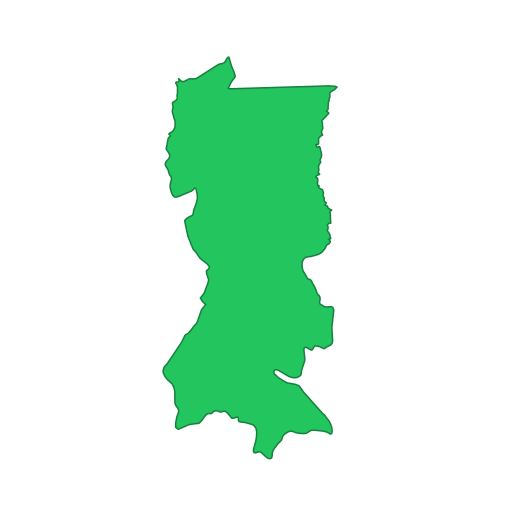 an SVG outline of Orellana, rotated 254°
{"feature_id": "ECU-1286", "entity_name": "Orellana", "entity_type": "Province", "adm_level": 1, "iso_a3": "ECU", "parent_name": "Ecuador", "parent_adm1": "", "projection": "orthographic", "projection_center": [-76.398, -0.797], "detail": "fine", "context": "isolated", "style": "filled", "palette": "green", "viewbox_px": 512, "rotation_deg": 254, "n_neighbors": 0, "source": "natural_earth", "source_scale": "10m", "svg_char_len": 6117}
<svg xmlns="http://www.w3.org/2000/svg" viewBox="0 0 512 512"><g transform="rotate(254 256 256)"><path d="M448.2,230.4L446.2,231.4L444.4,232.6L443.6,234.6L443.8,236.2L444.5,239.3L444.6,241.0L444.2,242.6L443.2,245.6L443.1,247.7L450.5,272.8L450.5,274.2L450.3,277.1L450.6,278.7L451.8,280.5L453.4,281.9L454.6,283.6L454.7,284.7L453.2,284.8L445.4,284.8L438.3,285.6L434.5,285.6L432.9,284.2L431.9,282.5L429.7,279.9L425.0,275.6L423.9,277.1L399.4,373.1L397.3,378.9L396.0,380.4L394.2,377.1L393.4,373.5L392.4,372.0L391.2,371.4L389.9,371.3L388.1,370.7L387.0,369.7L386.0,369.2L385.1,369.1L384.1,368.1L379.2,366.3L377.6,365.9L376.8,365.3L376.4,364.6L376.1,363.8L375.7,363.6L375.1,364.1L374.3,364.9L373.3,365.3L372.7,364.8L372.2,363.5L370.6,361.4L369.3,358.8L368.9,358.4L368.3,357.0L367.6,356.4L365.5,356.5L363.1,355.8L360.7,355.6L359.9,355.2L359.3,354.5L358.6,353.9L357.3,353.2L356.2,353.1L355.1,353.1L354.2,353.4L353.8,353.2L353.8,352.7L353.5,351.7L352.3,349.0L351.2,348.4L347.1,347.3L346.3,346.6L346.2,345.7L346.6,344.9L346.6,344.2L346.0,344.1L345.3,344.3L344.1,344.3L343.7,344.7L343.6,345.3L343.9,346.2L343.8,346.9L343.1,347.3L342.1,347.5L340.5,347.3L337.5,347.2L334.7,346.9L332.5,345.6L331.4,344.5L330.6,344.0L328.5,344.1L327.7,343.4L326.9,342.4L325.6,341.2L323.7,340.5L321.7,340.3L319.9,339.3L318.9,338.9L318.3,339.0L317.8,339.4L317.1,339.7L316.8,339.1L316.7,338.4L316.8,337.4L316.5,336.4L315.9,335.5L315.4,335.3L314.9,335.6L314.5,336.3L313.5,336.5L311.8,336.4L308.9,335.0L307.2,335.0L306.4,335.2L306.2,335.7L305.8,336.0L305.5,335.7L305.3,335.1L305.0,335.0L304.6,335.1L303.9,335.5L302.2,337.1L301.8,337.7L301.2,338.2L300.6,338.3L299.5,338.2L298.8,338.2L297.8,338.3L297.3,337.9L296.5,337.2L295.5,337.2L292.6,337.6L291.3,336.9L290.4,336.8L289.5,337.0L288.7,337.6L287.8,338.1L287.1,337.8L286.6,337.2L286.2,336.5L285.7,336.5L285.2,337.1L284.7,337.9L284.0,338.5L283.3,338.3L282.7,338.3L282.3,338.5L282.0,338.9L280.9,339.6L280.3,340.2L279.9,340.8L279.3,341.3L279.0,341.2L278.9,339.9L278.4,339.5L277.0,339.1L274.5,338.7L270.3,337.6L267.9,337.2L267.0,336.7L267.1,336.1L267.5,335.5L267.3,334.9L266.6,333.9L266.3,333.3L265.5,333.1L264.6,333.2L263.3,333.2L262.2,332.6L261.1,331.7L260.2,331.7L259.2,332.0L258.0,332.5L256.0,332.9L254.4,332.5L252.7,332.8L252.0,332.4L252.0,331.8L252.1,331.1L252.0,330.5L250.8,331.2L249.5,331.4L248.6,330.9L247.6,329.6L247.4,328.6L247.3,327.6L246.9,326.9L246.1,326.0L244.6,324.9L243.8,323.9L243.0,322.7L241.6,320.8L240.8,318.4L240.3,314.9L240.4,308.3L240.9,306.1L241.0,303.7L240.4,301.7L238.2,299.3L235.9,298.2L233.1,297.4L230.2,297.1L227.8,297.4L223.6,298.6L220.5,299.2L219.7,299.6L218.4,301.5L217.6,302.1L216.0,302.6L214.5,302.7L211.1,303.7L207.8,304.2L203.7,304.4L202.5,304.6L200.2,305.9L198.8,306.1L196.3,305.6L194.4,304.5L192.9,304.2L191.9,304.6L188.8,307.5L187.8,308.9L187.3,310.7L187.0,312.6L186.5,314.4L185.4,315.7L182.4,315.8L166.4,309.2L153.0,306.2L151.2,305.2L150.0,303.5L149.0,298.7L148.4,297.3L148.1,296.3L148.6,295.2L151.9,291.4L153.4,287.7L151.9,285.9L150.9,285.0L150.2,283.7L150.7,282.6L153.5,280.0L154.7,278.4L154.5,277.3L153.6,276.5L151.4,275.9L144.5,274.8L141.6,273.8L134.0,268.6L132.7,267.9L131.2,267.4L129.5,266.5L128.6,265.2L127.9,262.4L128.2,259.8L129.3,257.1L131.2,254.3L139.2,246.8L140.8,244.9L141.4,243.0L141.1,242.0L139.9,241.2L137.5,241.1L135.4,242.6L133.1,243.7L125.7,250.6L121.7,258.6L119.5,261.4L118.2,262.1L112.1,264.2L85.9,276.8L84.1,278.2L80.9,279.0L80.4,279.4L77.7,280.6L74.4,281.3L70.3,281.6L66.6,280.9L64.4,279.8L64.4,278.3L66.1,276.8L67.5,275.1L69.0,272.7L72.8,263.3L73.2,260.9L71.8,255.7L72.0,253.3L73.0,250.3L74.2,247.5L75.4,245.4L77.7,242.3L78.2,240.6L78.1,238.5L76.9,234.3L75.9,232.6L74.5,231.4L72.3,230.0L71.4,228.9L69.6,225.4L65.0,219.5L63.2,217.9L61.6,217.1L59.8,216.6L57.8,215.5L57.3,214.2L57.6,212.8L58.5,211.5L60.2,210.2L65.3,207.1L66.5,206.0L67.1,204.7L66.9,202.7L66.9,201.3L67.5,200.0L69.0,199.7L71.3,200.6L78.4,204.9L82.1,206.6L86.1,208.0L89.3,208.5L91.5,208.2L93.4,207.4L94.9,206.2L98.9,199.7L100.7,195.5L101.3,194.4L102.1,193.8L103.0,193.8L105.1,194.4L105.9,194.1L106.4,193.1L106.2,190.4L106.4,189.1L106.8,188.0L111.9,185.8L113.7,184.8L115.2,183.5L115.8,182.1L115.6,179.4L116.0,178.3L116.7,177.4L117.7,176.4L118.3,175.1L118.3,172.7L116.8,169.6L117.0,168.8L117.4,168.0L117.6,167.1L117.7,165.8L117.3,164.6L115.4,161.7L113.1,158.9L112.1,157.3L111.0,155.3L111.0,153.7L111.6,151.3L112.1,146.8L112.4,145.2L110.8,133.4L113.4,131.6L115.6,132.1L118.3,133.1L122.9,135.4L127.7,138.8L129.6,139.1L131.6,138.8L133.3,138.0L136.0,137.5L138.9,138.0L148.3,140.7L152.3,140.8L155.9,140.2L158.3,138.9L160.3,137.5L162.6,136.3L165.2,135.3L169.5,134.6L171.8,135.3L174.2,136.8L175.3,138.2L176.9,140.9L194.0,161.2L199.1,165.6L199.7,166.6L199.9,167.1L200.0,168.5L200.4,169.6L203.4,174.1L204.8,175.8L206.5,178.3L207.0,179.3L207.9,180.5L209.8,182.1L219.2,188.7L220.6,190.4L221.4,191.8L223.3,194.2L227.0,192.0L230.9,190.9L234.4,195.7L243.1,202.3L246.2,203.9L252.8,203.7L255.5,204.3L256.6,206.8L258.4,208.4L262.3,206.6L269.0,201.7L270.5,201.1L275.9,199.4L279.3,197.7L280.9,197.3L293.7,196.0L309.4,197.1L310.2,197.9L311.2,199.7L311.9,201.8L312.6,205.8L313.5,207.0L316.8,208.5L323.6,213.4L327.4,215.5L331.1,216.4L335.0,216.7L336.9,216.9L337.8,216.5L338.1,215.8L337.8,215.0L337.0,213.9L336.2,211.9L334.6,198.3L334.6,195.6L335.2,193.9L337.1,192.8L339.9,192.2L345.2,192.3L348.2,193.1L350.6,194.4L352.6,195.7L354.4,196.2L355.8,196.1L357.5,195.4L359.0,195.2L362.9,195.2L364.8,194.8L366.5,194.3L368.2,193.9L369.5,194.1L371.0,195.1L371.9,196.2L373.3,198.5L374.3,199.7L376.3,200.8L378.3,200.7L380.7,200.1L382.2,199.5L383.8,199.2L385.4,199.9L387.3,201.1L390.9,202.7L392.9,203.8L394.0,204.8L394.3,205.7L394.8,206.7L395.4,206.8L397.1,205.9L397.7,206.3L398.0,207.2L398.3,208.9L398.8,210.0L399.4,211.1L400.5,212.2L402.4,213.7L407.7,215.4L409.2,215.4L410.3,215.2L417.8,215.3L419.7,216.1L421.4,217.1L422.9,217.5L425.5,217.6L426.4,218.2L427.0,219.5L427.4,221.1L428.0,222.6L428.9,223.6L430.2,224.0L431.8,224.2L434.3,225.4L440.1,227.1L442.1,227.0L443.4,226.8L444.3,226.4L444.9,226.8L445.1,227.2L444.8,229.2L445.1,230.2L445.6,230.5L448.2,230.4Z" fill="#22c55e" stroke="#15803d" stroke-width="1.5"/></g></svg>